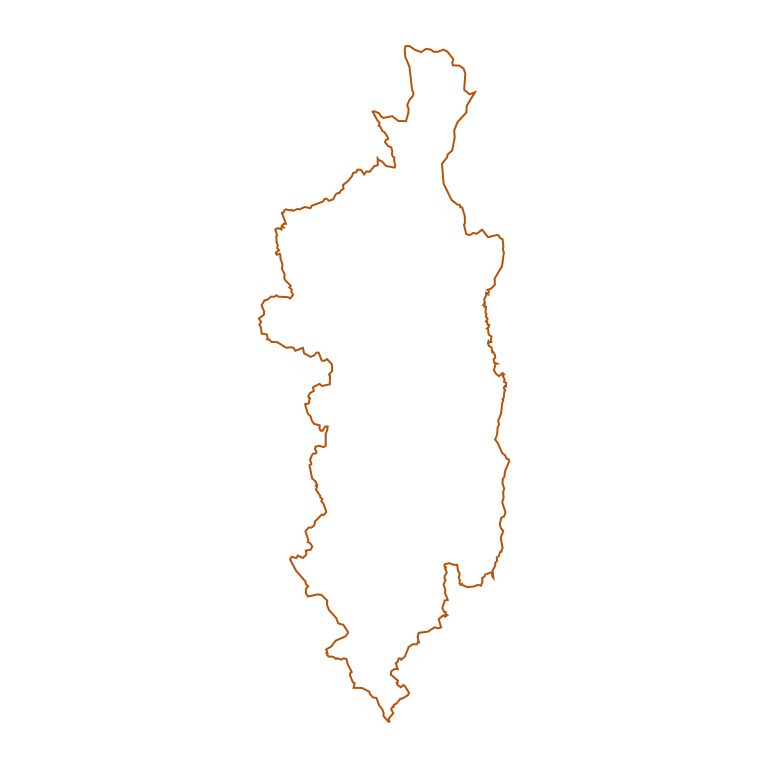 Taunggyi, Shan, Myanmar
{"feature_id": "60261553B67272669909031", "entity_name": "Taunggyi", "entity_type": "district", "adm_level": 2, "iso_a3": "MMR", "parent_name": "Myanmar", "parent_adm1": "Shan", "projection": "robinson", "projection_center": [96.903, 20.784], "detail": "fine", "context": "isolated", "style": "outline", "palette": "amber", "viewbox_px": 768, "rotation_deg": 0, "n_neighbors": 0, "source": "geoboundaries", "source_scale": "gbopen_adm2", "svg_char_len": 6101}
<svg xmlns="http://www.w3.org/2000/svg" viewBox="0 0 768 768"><path d="M493.4,577.9L492.5,570.7L495.2,565.9L495.2,563.1L497.1,560.7L496.7,557.6L498.7,556.1L500.2,551.8L501.3,551.8L502.6,547.9L500.7,537.8L503.3,531.1L500.9,528.1L499.8,524.8L501.2,517.9L504.1,516.4L505.5,512.4L502.2,502.3L503.6,497.8L503.1,492.4L504.2,488.8L502.5,483.0L502.8,479.0L504.4,476.7L505.0,471.4L509.2,461.3L508.5,459.1L506.5,458.6L505.1,455.3L502.3,453.2L498.0,443.6L495.1,439.5L497.1,434.7L497.7,426.9L499.2,424.5L498.1,420.9L501.1,413.5L502.2,403.0L503.3,400.3L502.5,399.0L503.7,397.9L504.5,390.8L505.3,390.2L503.7,387.8L505.0,386.0L506.1,386.4L506.2,382.9L504.0,381.8L504.6,379.5L502.8,375.8L504.1,374.3L502.5,373.1L499.1,376.2L496.2,374.0L493.9,370.3L495.5,364.0L497.0,363.7L494.2,362.6L493.5,359.2L495.3,357.8L494.8,354.6L493.4,352.1L492.3,352.3L491.5,347.4L488.7,345.6L488.0,343.0L488.5,341.2L489.4,342.5L491.4,342.0L490.8,340.1L491.5,336.5L488.7,334.6L488.1,329.4L486.9,328.5L488.6,327.2L489.3,325.0L487.4,324.5L487.3,321.8L486.0,321.4L487.6,318.8L485.8,316.4L486.5,314.2L485.5,312.9L486.0,306.8L484.3,306.6L484.7,304.5L483.4,304.7L484.8,302.4L484.1,299.3L486.3,295.3L486.1,293.1L487.6,293.9L487.1,293.1L488.9,292.4L488.7,290.5L487.6,289.9L491.2,288.5L494.9,284.6L494.6,278.7L502.0,266.2L503.9,252.4L502.8,249.6L503.4,246.4L502.6,239.3L500.2,238.2L498.5,235.3L496.6,235.0L488.1,237.2L482.1,229.6L476.9,233.7L473.0,233.0L469.7,235.2L466.2,233.9L464.0,224.7L464.9,223.2L464.8,216.2L462.2,207.5L460.3,207.3L459.9,205.1L457.0,204.3L451.5,199.9L443.6,183.6L442.0,163.8L447.2,157.2L447.6,154.5L452.2,150.5L454.7,137.5L454.2,130.3L457.6,122.0L466.4,112.5L466.7,105.9L474.9,92.3L469.5,94.3L464.2,89.8L465.3,73.4L463.5,68.5L459.3,65.6L452.9,65.3L452.3,63.2L453.2,59.0L447.2,51.5L443.6,49.6L437.7,51.8L433.7,51.8L430.8,49.6L426.0,48.9L421.1,52.1L414.8,49.8L409.7,46.1L405.5,46.1L404.7,50.0L405.3,56.9L409.4,66.6L412.1,89.8L413.5,93.0L413.1,95.7L409.5,99.9L407.2,105.1L408.6,108.8L408.4,112.5L406.0,121.2L398.2,120.9L392.3,116.2L383.4,117.9L381.4,116.8L379.1,113.3L374.5,111.3L372.7,111.7L377.4,120.4L379.6,122.7L378.7,125.8L380.1,126.3L382.2,130.8L384.8,132.6L387.6,136.9L388.0,139.1L385.9,139.9L385.0,142.1L388.0,146.0L391.3,147.4L392.3,151.4L391.9,154.2L392.7,156.5L394.4,157.6L394.0,160.1L395.3,165.7L394.6,167.6L386.1,166.0L381.9,161.4L378.8,160.1L377.7,158.5L377.7,165.3L374.3,166.1L369.7,171.8L366.4,171.5L364.1,174.4L361.1,169.9L357.5,169.6L356.2,172.3L353.3,172.8L351.9,176.3L347.5,181.6L343.1,184.8L343.5,188.9L341.3,190.1L339.3,193.1L338.0,192.9L335.7,194.5L333.2,199.3L329.1,200.8L326.1,198.5L324.5,199.1L323.1,201.5L311.6,205.8L310.5,208.2L304.6,207.0L299.7,209.4L297.4,209.0L293.2,210.8L291.5,209.8L290.2,210.4L285.9,209.4L284.4,210.3L283.9,212.2L281.9,212.9L286.0,223.8L283.7,223.8L281.9,225.5L283.7,227.4L281.3,227.5L281.4,229.5L278.3,228.1L275.3,229.3L277.1,235.4L276.3,236.2L276.6,242.5L277.8,245.5L277.1,247.9L279.0,250.3L276.0,252.5L276.0,253.5L276.9,254.8L279.7,253.7L280.4,254.9L280.4,258.4L282.5,264.5L281.9,268.7L284.7,274.6L284.2,277.2L285.0,280.0L290.7,285.7L289.4,287.4L291.8,289.6L291.4,292.0L293.1,294.8L290.2,298.5L288.1,297.2L278.3,296.6L276.5,295.3L274.3,296.8L271.1,296.6L267.6,299.5L264.5,300.4L261.6,305.4L264.1,311.4L264.0,314.6L258.8,318.6L261.1,321.9L259.4,324.8L260.9,327.3L261.7,333.6L266.7,334.4L267.6,337.6L267.1,339.3L269.2,339.5L271.4,341.9L277.3,342.2L286.2,347.7L292.0,347.3L293.7,347.9L295.3,350.8L302.9,347.8L304.1,353.4L310.8,356.9L314.5,355.1L316.4,352.7L318.7,352.7L321.7,360.6L324.5,360.8L327.0,359.1L331.7,364.1L332.1,366.1L332.0,371.3L328.9,374.5L330.0,375.7L329.8,384.3L322.0,386.0L319.5,383.9L312.9,387.3L313.8,390.9L310.0,393.1L308.3,396.1L308.7,397.6L310.1,398.3L309.1,400.6L309.4,402.3L308.2,403.8L305.3,403.8L305.2,404.8L307.8,413.6L310.5,416.2L311.7,420.4L314.1,423.9L319.8,425.4L319.4,428.1L320.5,430.6L322.5,430.8L325.2,426.5L327.6,426.4L327.2,430.3L325.7,433.6L325.7,445.8L323.7,447.1L319.0,445.8L315.6,446.7L314.9,448.7L316.4,451.5L316.2,453.3L313.2,453.7L311.9,455.3L310.1,459.8L311.4,464.0L309.5,465.3L312.1,478.3L315.8,481.8L316.7,484.3L316.0,485.6L317.2,485.5L316.0,489.7L320.2,495.7L320.3,497.5L322.4,499.2L321.4,501.3L323.4,503.6L326.3,511.9L323.7,515.1L321.9,514.5L314.9,521.5L314.3,525.4L311.4,527.6L308.7,527.5L305.4,531.4L308.4,540.2L307.7,542.1L310.0,543.0L312.3,546.5L310.7,549.7L305.8,550.6L306.5,552.8L305.9,555.0L302.9,558.0L297.8,555.5L296.4,558.0L291.6,556.9L290.1,559.5L296.1,570.8L305.6,581.7L305.6,583.6L308.2,586.4L306.6,587.7L305.9,590.4L305.9,593.1L307.9,596.5L317.8,594.4L321.6,595.0L327.1,600.5L327.1,605.2L329.0,610.0L336.2,618.0L338.2,623.4L343.3,624.8L347.9,631.8L348.0,633.1L345.4,636.4L335.6,640.7L331.2,646.5L326.0,649.5L327.2,651.9L326.4,653.0L327.6,653.6L327.2,655.2L328.6,656.5L333.2,656.8L336.1,659.0L337.2,658.2L341.2,659.7L343.6,658.3L346.4,658.9L347.8,664.4L351.7,672.0L350.2,673.0L350.1,675.6L352.9,682.3L354.6,683.2L353.6,687.8L362.0,688.0L369.3,691.7L369.9,693.9L372.9,697.4L376.5,698.0L379.0,705.1L382.4,709.6L383.6,712.9L383.5,716.0L388.7,721.9L389.4,721.6L388.8,718.6L393.3,713.2L391.1,709.2L392.6,706.8L393.6,706.9L393.8,704.8L396.5,703.6L400.4,698.6L402.0,698.7L407.9,695.2L409.1,692.8L404.7,685.9L403.1,685.1L400.9,687.3L397.3,684.7L396.6,682.7L397.7,682.3L398.0,680.7L390.8,674.6L391.3,671.1L395.0,668.9L397.7,669.2L395.8,663.2L397.9,661.5L398.6,658.6L400.1,658.4L401.2,659.8L404.9,656.6L408.7,647.0L412.9,644.2L417.0,644.3L418.0,641.8L418.9,642.2L417.6,636.8L418.8,632.8L427.9,631.7L434.4,627.4L438.5,628.3L441.1,627.3L438.7,619.2L443.3,615.3L445.2,616.7L447.3,615.2L445.4,614.2L445.9,612.3L444.0,611.7L442.3,608.1L444.8,600.5L447.8,599.9L445.0,593.1L445.3,589.9L443.6,584.5L445.6,579.8L444.6,578.7L444.5,576.5L446.8,572.5L444.9,567.9L445.9,567.6L444.3,565.4L444.9,564.1L449.2,563.2L453.5,564.8L457.1,564.8L458.2,571.4L459.3,572.5L459.5,575.8L458.7,577.1L459.8,580.3L459.6,583.5L460.6,584.8L462.0,584.0L462.2,584.9L467.0,587.1L473.3,586.6L478.0,584.9L480.9,585.7L482.5,581.6L482.0,578.1L484.4,576.7L485.1,574.6L490.9,572.5L491.9,572.3L492.4,576.6L493.4,577.9Z" fill="none" stroke="#b45309" stroke-width="2"/></svg>